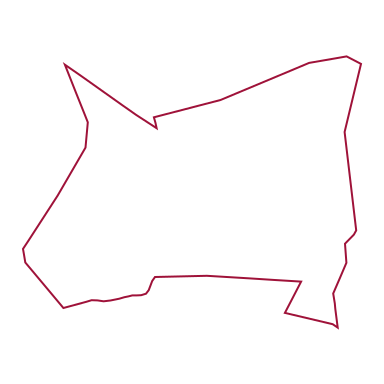 outline of Irecê, Bahia, Brazil
{"feature_id": "56859067B47886484176392", "entity_name": "Irecê", "entity_type": "district", "adm_level": 2, "iso_a3": "BRA", "parent_name": "Brazil", "parent_adm1": "Bahia", "projection": "robinson", "projection_center": [-41.852, -11.308], "detail": "fine", "context": "isolated", "style": "outline", "palette": "rose", "viewbox_px": 384, "rotation_deg": 0, "n_neighbors": 0, "source": "geoboundaries", "source_scale": "gbopen_adm2", "svg_char_len": 811}
<svg xmlns="http://www.w3.org/2000/svg" viewBox="0 0 384 384"><path d="M337.7,327.6L335.3,308.9L334.8,303.4L333.2,293.5L340.0,277.8L346.4,262.8L345.0,243.7L353.9,234.6L356.2,230.4L344.6,132.0L361.0,63.9L346.6,56.4L335.2,58.4L309.1,62.9L296.5,68.2L220.5,100.0L153.9,117.3L155.5,123.0L156.6,128.2L136.0,114.8L122.9,105.6L80.9,75.8L64.9,64.7L75.7,92.0L85.2,115.7L87.8,122.3L85.5,147.6L57.7,195.5L28.3,240.9L23.0,248.9L24.1,255.3L25.3,262.5L44.5,285.4L63.4,308.0L86.3,301.8L91.6,300.2L97.5,300.4L103.6,301.3L110.4,300.5L115.4,299.5L119.3,298.7L124.4,297.2L128.4,296.4L132.3,295.4L136.6,295.4L141.1,295.2L146.0,293.7L148.7,290.2L150.5,285.5L152.2,281.0L155.0,277.0L206.9,275.8L248.4,278.3L274.8,280.0L301.1,281.6L291.6,300.0L284.9,312.9L332.7,324.2L337.7,327.6Z" fill="none" stroke="#9f1239" stroke-width="2"/></svg>